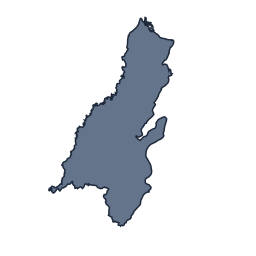 Thaton, Mon, Myanmar (Albers equal-area conic projection), rotated 218°
{"feature_id": "60261553B13890911859525", "entity_name": "Thaton", "entity_type": "district", "adm_level": 2, "iso_a3": "MMR", "parent_name": "Myanmar", "parent_adm1": "Mon", "projection": "albers", "projection_center": [97.318, 17.108], "detail": "fine", "context": "isolated", "style": "filled", "palette": "slate", "viewbox_px": 256, "rotation_deg": 218, "n_neighbors": 0, "source": "geoboundaries", "source_scale": "gbopen_adm2", "svg_char_len": 5905}
<svg xmlns="http://www.w3.org/2000/svg" viewBox="0 0 256 256"><g transform="rotate(218 128 128)"><path d="M72.1,90.7L73.3,91.1L72.6,93.5L73.1,95.1L73.6,95.6L76.2,96.2L79.6,95.3L80.6,95.6L82.2,97.2L82.9,99.0L81.5,102.4L81.3,105.5L82.2,107.8L83.3,109.1L86.8,112.3L88.4,113.3L96.1,116.5L97.5,117.8L99.4,121.0L100.0,122.3L100.5,125.5L100.1,129.0L97.7,133.8L96.6,137.2L95.2,139.7L94.7,142.8L95.1,144.0L97.0,145.5L97.6,147.4L99.9,151.5L102.2,157.4L103.2,159.0L105.0,159.5L106.2,159.2L107.3,157.7L109.3,153.4L109.0,149.2L107.1,147.1L106.6,145.2L106.8,143.9L108.0,142.2L109.5,138.2L109.4,136.7L108.5,133.8L108.7,133.0L110.3,130.5L110.7,126.5L111.1,126.1L110.9,125.5L111.8,125.4L115.9,125.8L115.7,126.0L116.5,126.9L113.9,127.5L113.2,128.6L112.3,131.3L112.7,131.9L116.1,134.1L116.9,135.6L116.9,138.9L117.3,139.5L117.0,140.2L117.4,142.0L116.5,143.1L117.0,144.4L116.9,147.6L116.1,151.4L116.0,154.6L117.0,155.4L119.2,156.4L119.8,157.3L120.3,158.6L120.7,163.1L121.1,163.6L122.3,163.6L123.2,164.1L123.0,166.7L123.7,171.5L124.7,173.9L125.3,178.9L126.2,179.5L125.4,182.9L124.9,183.6L124.3,188.0L124.8,189.9L126.1,191.8L127.2,192.3L127.6,193.1L127.4,194.2L127.7,194.4L126.6,195.5L126.2,196.6L126.4,197.1L127.5,197.4L127.1,197.9L127.9,197.8L130.1,200.0L131.4,200.0L131.7,199.7L131.0,198.9L130.8,198.0L133.9,200.5L136.6,201.8L138.6,200.8L139.4,199.3L140.4,199.5L140.8,200.6L140.8,204.2L140.1,204.9L140.3,207.3L141.5,211.3L141.4,211.9L142.4,212.8L142.4,213.3L143.2,214.6L144.3,217.8L143.7,218.6L144.0,221.8L144.4,223.1L145.6,224.7L146.7,224.9L147.3,224.0L147.5,224.5L151.2,222.0L153.6,221.3L155.0,220.4L158.3,219.0L162.2,220.0L164.0,219.6L166.8,219.8L167.8,219.4L169.0,218.2L170.4,218.1L171.5,218.4L174.0,220.3L176.5,220.2L177.3,219.7L177.9,219.7L180.9,221.3L182.1,220.9L183.9,222.2L185.3,222.3L185.7,222.0L185.5,221.3L183.6,216.3L183.2,213.0L184.2,206.7L185.0,204.8L184.9,202.9L184.0,201.2L184.5,201.0L182.8,197.7L179.7,193.3L178.8,191.2L178.3,190.5L176.4,190.3L176.3,187.9L175.9,186.6L176.0,184.6L175.1,182.7L175.1,181.9L175.9,181.5L176.5,180.1L174.0,178.3L173.0,179.2L169.1,177.3L167.7,175.1L168.2,173.5L169.8,173.2L170.1,172.6L169.9,171.8L167.3,170.4L165.8,170.5L164.9,169.6L165.3,168.6L164.3,166.9L165.1,165.8L165.3,164.5L164.6,164.5L163.1,166.2L162.6,166.2L162.1,165.0L163.2,163.7L163.8,160.1L163.5,159.5L162.6,159.1L162.1,158.2L162.3,157.5L163.5,156.8L163.8,156.1L163.6,155.2L163.3,154.5L162.4,154.1L162.3,152.2L160.3,151.4L160.0,150.3L158.6,149.2L158.4,148.4L159.6,148.1L157.8,146.6L157.8,146.3L158.3,146.0L159.8,145.9L160.4,144.5L161.8,144.7L161.6,143.9L161.2,143.6L159.0,143.6L158.8,143.1L159.0,142.6L160.5,142.4L160.2,141.6L159.2,141.5L158.1,141.0L158.3,139.9L159.1,139.6L160.6,141.3L162.1,140.7L162.7,140.3L162.8,139.9L162.0,138.3L162.4,137.9L163.1,138.2L163.4,139.0L164.4,136.7L163.6,135.8L163.5,134.7L162.3,134.4L161.8,133.9L161.7,132.7L162.2,131.3L162.7,131.0L162.5,132.6L163.1,133.1L164.1,131.0L164.9,130.3L164.6,128.7L165.7,126.9L166.9,127.2L167.3,128.3L168.2,128.0L168.4,127.5L167.0,125.8L167.3,125.4L168.1,125.5L168.7,126.1L169.6,124.4L169.2,123.7L168.0,123.6L168.2,123.0L167.2,121.4L168.0,120.5L167.2,119.6L167.7,118.8L166.5,118.4L166.5,117.1L165.9,116.5L166.6,115.7L165.5,115.2L166.4,113.1L166.5,111.7L168.2,112.5L168.6,112.4L168.6,112.0L167.5,111.4L167.0,110.7L167.1,109.4L166.0,108.4L166.0,107.9L167.0,107.4L166.5,107.3L165.8,106.3L165.9,104.5L165.5,104.8L165.5,104.4L164.9,104.5L165.4,103.6L165.3,103.1L164.5,103.1L164.1,103.6L163.8,102.9L164.2,101.9L164.1,100.5L165.8,99.9L166.3,99.1L167.2,99.3L167.1,97.6L167.7,96.7L167.4,96.0L166.7,95.7L166.7,95.1L165.3,94.9L164.9,94.1L166.3,93.2L166.1,91.5L165.5,92.1L165.1,92.0L164.2,90.6L163.7,90.1L163.6,90.4L163.3,89.7L163.1,90.2L162.3,88.6L163.2,87.4L161.8,86.7L161.8,85.7L158.7,82.8L159.2,81.8L159.2,80.9L158.9,80.3L157.8,79.4L157.5,78.6L157.8,78.2L157.4,77.6L158.1,75.1L158.0,74.4L158.5,74.1L158.1,73.5L156.8,72.9L156.9,72.5L156.2,72.1L156.4,70.9L155.6,69.9L155.6,69.0L156.9,66.5L156.5,65.5L156.7,63.0L157.6,61.9L157.8,59.9L157.0,58.7L157.3,58.2L157.1,57.8L155.8,58.1L154.9,57.0L151.6,56.0L150.7,53.8L150.0,53.5L149.9,52.2L148.5,50.8L148.9,47.8L148.5,47.2L147.9,47.0L147.8,45.3L146.5,44.4L146.6,44.1L145.5,43.1L146.8,42.4L147.0,39.8L148.2,36.5L149.4,35.8L150.0,36.1L151.5,35.7L152.1,35.1L152.1,33.3L152.8,32.1L152.2,30.4L151.9,30.1L151.0,30.4L150.7,31.3L151.5,32.7L151.3,33.3L150.6,33.0L148.9,31.0L146.9,30.7L146.2,32.3L146.3,36.9L145.2,37.3L144.1,36.5L142.9,36.5L143.0,40.6L141.9,41.2L141.0,43.9L141.0,46.6L139.4,47.8L139.0,48.9L139.2,50.9L138.9,51.6L138.3,51.4L138.0,50.5L137.1,49.9L135.7,49.4L134.4,49.7L133.2,48.2L132.6,47.9L131.7,49.3L130.5,49.1L129.9,51.1L129.0,52.6L126.6,52.3L126.6,55.0L127.3,56.8L127.1,58.0L125.7,58.0L125.0,59.0L123.9,58.2L123.7,59.0L124.3,59.1L124.8,59.7L122.7,60.0L117.4,63.2L116.9,63.2L115.9,62.5L115.0,62.5L112.3,63.3L111.1,64.7L111.2,65.1L110.2,67.0L109.3,66.9L108.7,67.7L108.0,67.6L107.2,68.1L105.7,67.9L105.5,65.3L104.6,63.9L104.5,61.8L105.8,60.9L105.3,59.1L104.1,58.4L101.3,57.9L100.4,56.9L100.4,56.0L98.2,54.6L95.6,54.5L93.5,53.8L92.6,51.6L91.9,51.1L91.0,49.4L90.2,48.9L89.7,47.2L86.7,47.5L85.9,47.9L84.6,46.5L83.4,46.2L82.7,45.7L82.6,45.1L82.1,44.9L81.3,45.1L81.0,45.6L81.1,47.0L80.6,46.1L80.0,46.6L78.7,46.8L78.1,47.4L76.7,47.6L76.5,46.3L75.8,45.5L74.0,46.4L73.4,46.2L73.4,47.1L72.8,47.7L72.0,47.8L71.6,48.4L71.4,49.1L72.1,50.8L71.2,52.2L71.8,53.5L71.8,54.6L70.3,57.8L70.4,59.4L71.4,60.5L71.3,64.2L72.0,65.9L71.2,75.2L73.3,78.9L74.6,84.5L74.5,86.5L73.9,88.4L72.1,90.7ZM180.9,222.6L178.9,220.9L177.2,221.0L175.1,221.9L177.2,223.9L178.5,223.1L177.7,222.2L178.2,222.2L179.4,223.1L181.4,225.7L181.9,225.9L182.6,225.6L181.5,224.1L180.9,222.6ZM170.6,221.6L172.7,219.9L171.9,219.0L170.4,218.4L169.6,218.7L167.9,220.9L168.7,221.4L170.6,221.6ZM172.2,222.7L170.8,223.2L172.3,223.9L173.5,223.8L174.4,224.3L174.7,225.1L175.7,224.8L175.8,223.7L174.5,222.9L172.2,222.7Z" fill="#64748b" stroke="#1e293b" stroke-width="1.5"/></g></svg>